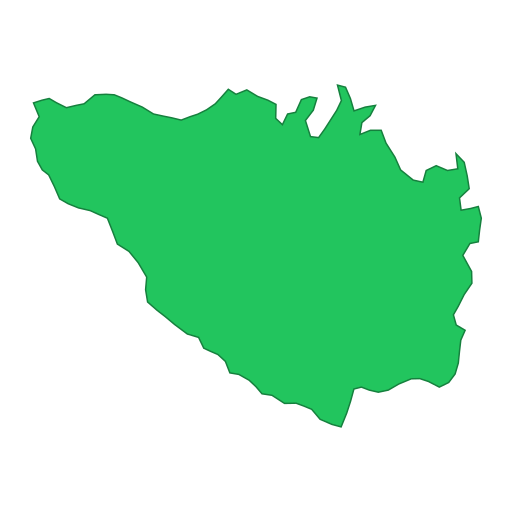 the district of Luzerna, Santa Catarina, Brazil
{"feature_id": "56859067B78781548032096", "entity_name": "Luzerna", "entity_type": "district", "adm_level": 2, "iso_a3": "BRA", "parent_name": "Brazil", "parent_adm1": "Santa Catarina", "projection": "equal_earth", "projection_center": [-51.505, -27.095], "detail": "fine", "context": "isolated", "style": "filled", "palette": "green", "viewbox_px": 512, "rotation_deg": 0, "n_neighbors": 0, "source": "geoboundaries", "source_scale": "gbopen_adm2", "svg_char_len": 1822}
<svg xmlns="http://www.w3.org/2000/svg" viewBox="0 0 512 512"><path d="M33.5,102.9L39.2,116.7L32.8,127.0L30.7,138.3L35.6,148.9L37.5,161.3L42.3,169.9L48.7,174.9L54.4,186.6L59.7,198.9L68.1,203.7L78.5,207.9L90.2,210.6L98.6,214.4L107.4,218.2L112.7,231.6L117.4,244.1L129.0,251.4L138.2,262.7L146.7,277.1L145.6,289.7L147.6,302.0L157.2,310.4L165.1,316.5L174.5,324.4L187.3,334.0L198.6,337.4L203.8,348.2L210.7,351.4L217.9,354.5L225.4,361.4L229.9,372.9L238.8,374.4L249.1,380.2L256.0,386.7L262.0,393.8L272.0,395.3L284.5,403.4L296.1,403.2L303.7,406.0L311.7,409.3L320.1,419.3L331.9,424.4L341.1,426.9L346.7,413.1L350.6,401.1L353.9,389.0L361.4,387.1L369.3,390.1L378.3,392.2L388.3,390.1L398.8,384.0L411.3,378.8L419.8,378.6L428.5,381.5L439.3,387.1L448.7,382.5L455.1,374.0L458.3,363.1L459.5,351.2L460.8,340.1L465.1,330.3L456.2,325.0L453.4,314.8L458.3,306.2L464.2,294.5L471.9,283.2L471.6,271.5L462.8,255.4L469.9,243.5L478.3,241.8L479.6,230.1L481.3,218.2L478.3,206.5L470.6,208.5L461.1,210.2L459.5,197.9L469.2,188.7L467.2,175.9L464.2,162.3L456.0,153.7L457.8,168.8L447.5,170.5L436.2,165.7L426.2,170.5L422.9,182.2L413.2,180.1L400.6,169.9L394.9,157.1L386.0,143.1L381.2,130.3L370.4,130.3L359.9,134.5L361.9,122.6L370.1,115.7L375.5,105.4L365.2,107.1L354.0,110.9L350.4,98.5L345.5,87.2L337.5,85.1L341.4,100.6L336.7,110.4L330.6,119.9L324.7,129.1L318.6,137.6L310.5,136.6L305.4,120.5L313.3,110.2L317.0,98.1L309.7,96.8L301.4,99.6L295.7,112.3L287.6,114.0L282.4,124.7L275.7,118.4L276.0,104.4L267.9,100.2L257.6,96.4L246.8,89.9L236.0,94.3L228.3,89.3L221.7,96.8L215.3,103.8L206.6,109.8L197.7,114.2L190.1,116.7L181.2,120.1L171.7,117.8L163.2,116.1L153.5,114.0L142.3,107.1L130.4,101.9L121.9,97.9L114.3,94.8L106.1,94.3L94.9,94.8L84.1,103.8L76.1,105.4L66.4,107.7L56.4,102.7L49.2,98.5L42.0,100.2L33.5,102.9Z" fill="#22c55e" stroke="#15803d" stroke-width="1.5"/></svg>